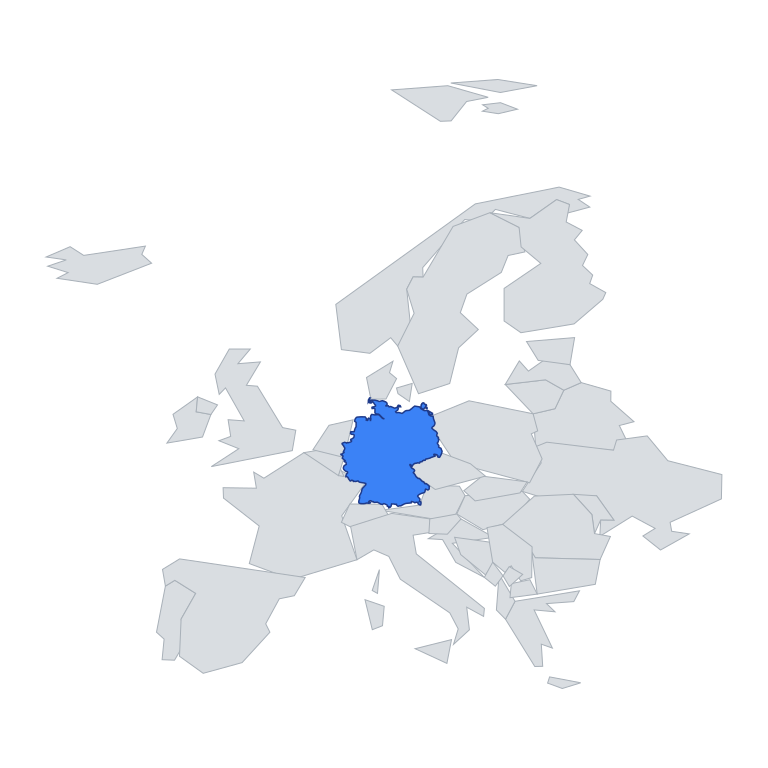 Germany on a map of Europe (Natural Earth projection)
{"feature_id": "DEU", "entity_name": "Germany", "entity_type": "country or territory", "adm_level": 0, "iso_a3": "DEU", "parent_name": "Europe", "parent_adm1": "", "projection": "natural_earth1", "projection_center": [10.44, 51.169], "detail": "fine", "context": "in_parent", "style": "filled", "palette": "blue", "viewbox_px": 768, "rotation_deg": 0, "n_neighbors": 37, "source": "natural_earth", "source_scale": "50m", "svg_char_len": 13307}
<svg xmlns="http://www.w3.org/2000/svg" viewBox="0 0 768 768"><path d="M391.6,89.9L447.8,85.7L488.2,97.3L466.6,101.5L451.1,120.9L440.4,121.3L391.6,89.9ZM589.8,207.1L566.5,213.3L569.5,204.5L556.6,199.6L529.9,218.4L495.4,209.4L483.1,221.5L464.7,219.5L422.7,267.6L423.1,277.1L413.1,276.9L406.7,289.2L410.9,329.0L397.7,346.0L390.7,337.7L369.9,353.3L341.4,349.6L335.8,304.4L475.3,203.9L559.1,187.1L590.0,196.1L578.2,199.4L589.8,207.1ZM537.1,85.7L500.4,92.5L450.8,83.0L497.8,79.5L537.1,85.7ZM517.5,109.2L498.3,113.7L482.4,111.2L488.2,108.3L482.6,104.8L500.5,102.7L517.5,109.2Z" fill="#d9dde1" stroke="#a8b0b8" stroke-width="1"/><path d="M304.0,452.6L365.4,482.9L341.7,515.8L357.0,559.7L291.8,579.4L249.3,563.6L259.2,526.0L223.5,498.1L223.1,487.7L256.4,488.2L253.7,472.1L263.9,478.2L304.0,452.6ZM372.2,590.5L379.4,569.6L377.5,593.4L372.2,590.5Z" fill="#d9dde1" stroke="#a8b0b8" stroke-width="1"/><path d="M397.7,346.0L414.1,313.3L406.7,289.2L413.1,276.9L423.1,277.1L453.1,226.4L489.9,212.7L519.1,227.4L524.9,251.9L508.1,255.5L501.3,272.4L466.9,294.1L460.3,312.7L478.3,329.5L458.6,347.8L449.7,383.5L418.5,393.7L397.7,346.0Z" fill="#d9dde1" stroke="#a8b0b8" stroke-width="1"/><path d="M581.2,382.6L610.9,391.1L610.8,401.3L634.0,421.7L619.3,425.5L626.0,439.2L613.5,450.2L535.7,446.6L533.1,413.8L555.0,408.7L563.8,390.2L581.2,382.6Z" fill="#d9dde1" stroke="#a8b0b8" stroke-width="1"/><path d="M671.7,531.3L689.2,533.9L660.5,550.0L642.9,536.0L655.1,528.4L632.2,516.1L599.8,536.3L600.7,519.9L613.9,520.1L596.6,495.8L554.1,501.2L522.3,491.4L541.2,462.9L535.7,446.6L546.8,442.2L613.5,450.2L616.6,440.0L647.2,435.9L667.8,460.7L721.9,474.6L721.4,498.9L670.1,522.3L671.7,531.3Z" fill="#d9dde1" stroke="#a8b0b8" stroke-width="1"/><path d="M533.1,413.8L537.7,430.9L531.3,433.8L542.1,458.9L529.6,482.8L455.2,462.9L431.3,426.8L431.5,416.0L469.0,400.8L533.1,413.8Z" fill="#d9dde1" stroke="#a8b0b8" stroke-width="1"/><path d="M465.1,495.7L454.7,516.4L439.1,520.0L380.7,510.3L419.7,505.1L426.9,484.9L459.4,486.2L465.1,495.7Z" fill="#d9dde1" stroke="#a8b0b8" stroke-width="1"/><path d="M522.3,491.4L529.7,499.2L511.7,521.7L482.9,529.7L456.8,514.0L465.1,495.7L522.3,491.4Z" fill="#d9dde1" stroke="#a8b0b8" stroke-width="1"/><path d="M573.4,494.3L596.6,495.8L613.9,520.1L600.7,519.9L594.5,533.6L591.9,514.6L573.4,494.3Z" fill="#d9dde1" stroke="#a8b0b8" stroke-width="1"/><path d="M594.5,533.6L610.4,536.5L600.1,559.5L535.4,557.8L502.7,524.4L534.4,496.1L573.4,494.3L591.9,514.6L594.5,533.6Z" fill="#d9dde1" stroke="#a8b0b8" stroke-width="1"/><path d="M563.8,390.2L555.0,408.7L533.1,413.8L505.2,384.5L545.5,379.8L563.8,390.2Z" fill="#d9dde1" stroke="#a8b0b8" stroke-width="1"/><path d="M570.0,364.7L581.2,382.6L563.8,390.2L545.5,379.8L505.2,384.5L519.3,360.9L528.4,371.1L547.0,358.0L570.0,364.7Z" fill="#d9dde1" stroke="#a8b0b8" stroke-width="1"/><path d="M574.6,337.6L570.0,364.7L538.2,360.4L526.5,341.5L574.6,337.6Z" fill="#d9dde1" stroke="#a8b0b8" stroke-width="1"/><path d="M531.8,551.8L535.4,557.8L600.1,559.5L595.3,584.3L537.2,594.1L531.8,551.8Z" fill="#d9dde1" stroke="#a8b0b8" stroke-width="1"/><path d="M580.7,682.8L562.3,688.5L547.6,683.1L549.6,676.9L580.7,682.8ZM515.0,601.3L579.5,590.8L573.8,601.6L546.5,603.6L555.0,611.8L534.1,609.9L552.4,648.1L541.3,644.2L542.7,666.3L534.8,666.5L505.5,619.2L515.0,601.3Z" fill="#d9dde1" stroke="#a8b0b8" stroke-width="1"/><path d="M515.0,601.3L505.5,619.2L496.4,610.0L499.1,574.3L515.0,601.3Z" fill="#d9dde1" stroke="#a8b0b8" stroke-width="1"/><path d="M461.0,519.0L493.8,537.3L452.3,543.3L484.3,577.4L455.8,562.4L442.6,539.6L428.3,538.7L461.0,519.0Z" fill="#d9dde1" stroke="#a8b0b8" stroke-width="1"/><path d="M382.0,504.3L390.7,519.3L355.5,529.5L341.4,522.3L349.8,504.0L382.0,504.3Z" fill="#d9dde1" stroke="#a8b0b8" stroke-width="1"/><path d="M339.8,467.6L344.1,476.5L338.4,475.6L339.8,467.6Z" fill="#d9dde1" stroke="#a8b0b8" stroke-width="1"/><path d="M344.1,457.5L338.4,475.6L304.0,452.6L331.3,448.0L344.1,457.5Z" fill="#d9dde1" stroke="#a8b0b8" stroke-width="1"/><path d="M353.1,419.8L344.1,457.5L312.9,449.8L329.0,425.3L353.1,419.8Z" fill="#d9dde1" stroke="#a8b0b8" stroke-width="1"/><path d="M165.4,586.1L174.8,580.3L195.7,593.4L181.1,619.1L185.3,641.9L174.5,660.2L162.1,659.7L164.1,639.1L156.5,632.2L165.4,586.1Z" fill="#d9dde1" stroke="#a8b0b8" stroke-width="1"/><path d="M179.5,656.3L181.1,619.1L195.7,593.4L174.8,580.3L165.4,586.1L162.5,569.4L179.6,558.9L305.2,577.5L294.3,595.7L279.3,598.8L265.7,623.8L269.9,632.2L242.1,662.6L203.2,673.3L179.5,656.3Z" fill="#d9dde1" stroke="#a8b0b8" stroke-width="1"/><path d="M210.9,414.5L202.5,437.0L166.9,443.1L177.3,428.5L173.0,414.3L197.6,396.9L196.2,411.8L210.9,414.5Z" fill="#d9dde1" stroke="#a8b0b8" stroke-width="1"/><path d="M391.6,513.4L429.8,518.9L431.4,532.2L413.1,535.2L416.3,553.9L484.4,608.4L483.6,616.4L466.7,607.2L469.4,629.8L453.5,644.4L458.2,628.9L449.8,612.9L400.3,579.2L388.8,556.4L373.8,549.9L357.0,559.7L350.6,526.4L391.6,513.4ZM415.1,648.7L451.5,639.6L446.9,663.4L415.1,648.7ZM365.0,599.7L384.2,606.3L382.5,625.7L372.3,629.7L365.0,599.7Z" fill="#d9dde1" stroke="#a8b0b8" stroke-width="1"/><path d="M386.0,399.0L370.9,399.2L366.5,377.5L393.0,361.2L389.5,372.7L396.6,378.6L386.0,399.0ZM412.2,383.4L409.4,401.5L398.0,393.7L396.5,388.0L412.2,383.4Z" fill="#d9dde1" stroke="#a8b0b8" stroke-width="1"/><path d="M210.9,414.5L196.2,411.8L197.6,396.9L217.5,404.9L210.9,414.5ZM244.2,420.9L225.5,387.9L219.2,394.4L215.0,374.1L229.3,349.0L250.3,349.0L237.9,363.7L260.4,361.9L246.4,385.3L257.4,386.2L282.6,427.6L295.8,430.2L292.3,450.6L211.3,466.6L238.8,448.7L218.9,440.7L230.7,436.4L228.1,419.7L244.2,420.9Z" fill="#d9dde1" stroke="#a8b0b8" stroke-width="1"/><path d="M145.4,246.1L141.8,254.4L151.6,263.2L97.3,284.3L57.0,278.3L68.1,272.6L47.7,266.2L66.3,259.9L46.1,257.0L70.1,246.7L83.7,255.4L145.4,246.1Z" fill="#d9dde1" stroke="#a8b0b8" stroke-width="1"/><path d="M429.8,518.9L456.8,514.0L461.0,519.0L447.3,534.2L428.9,533.5L429.8,518.9Z" fill="#d9dde1" stroke="#a8b0b8" stroke-width="1"/><path d="M569.5,204.5L566.2,222.0L582.2,230.4L574.4,239.9L587.8,254.5L582.5,265.5L592.7,275.1L589.7,283.6L605.8,292.6L602.8,299.3L574.1,323.9L520.9,332.7L504.1,321.0L504.1,288.4L540.8,263.4L521.1,246.9L519.1,227.4L489.9,212.7L529.9,218.4L556.6,199.6L569.5,204.5Z" fill="#d9dde1" stroke="#a8b0b8" stroke-width="1"/><path d="M527.1,481.9L520.0,492.9L475.1,500.9L463.8,490.7L482.1,476.1L527.1,481.9Z" fill="#d9dde1" stroke="#a8b0b8" stroke-width="1"/><path d="M442.1,453.2L470.5,463.8L485.4,476.1L435.3,489.5L414.8,475.3L411.6,465.1L442.1,453.2Z" fill="#d9dde1" stroke="#a8b0b8" stroke-width="1"/><path d="M485.5,574.9L460.7,554.6L454.6,537.3L493.7,542.7L495.4,561.5L485.5,574.9Z" fill="#d9dde1" stroke="#a8b0b8" stroke-width="1"/><path d="M529.9,579.7L537.2,594.1L510.0,597.7L511.3,583.6L529.9,579.7Z" fill="#d9dde1" stroke="#a8b0b8" stroke-width="1"/><path d="M487.0,527.6L502.7,524.4L532.1,546.8L531.7,577.6L520.7,580.8L511.2,565.8L505.1,572.5L492.7,562.2L487.0,527.6Z" fill="#d9dde1" stroke="#a8b0b8" stroke-width="1"/><path d="M503.0,575.8L495.3,586.2L484.3,577.4L492.7,562.2L503.0,575.8Z" fill="#d9dde1" stroke="#a8b0b8" stroke-width="1"/><path d="M509.4,586.5L503.0,575.8L509.2,566.6L522.7,574.4L509.4,586.5Z" fill="#d9dde1" stroke="#a8b0b8" stroke-width="1"/><path d="M381.2,504.3L377.4,502.2L374.0,502.4L373.4,501.7L373.0,501.5L372.6,501.8L372.3,501.8L371.0,500.8L370.5,500.7L369.8,500.8L369.0,501.3L368.6,501.9L368.7,502.3L369.1,502.5L370.3,502.4L370.4,502.5L370.5,502.7L370.4,502.9L369.4,503.0L369.2,503.3L368.9,503.3L367.7,503.1L366.3,503.1L365.1,503.5L363.2,503.7L360.6,503.6L359.1,503.1L358.7,502.1L358.9,500.7L359.5,498.8L359.7,497.4L359.4,496.5L359.8,495.2L360.8,493.5L361.5,491.6L361.9,489.6L362.4,488.4L363.3,487.5L365.8,484.8L365.8,483.5L364.3,483.0L359.9,482.3L359.0,481.9L358.1,481.0L357.6,481.0L356.6,481.3L355.3,481.5L354.4,481.3L353.8,481.4L353.5,481.5L353.3,481.4L353.1,480.6L351.9,480.2L351.4,480.3L351.1,480.7L350.6,481.0L350.1,480.9L348.4,478.6L348.3,478.2L348.0,477.5L347.1,476.8L346.3,476.6L345.9,476.7L345.9,475.8L346.3,474.6L346.6,474.0L347.0,473.4L347.5,473.1L347.6,472.4L347.5,471.8L345.7,471.2L345.0,470.7L343.7,469.3L343.4,468.4L343.4,467.6L343.6,466.9L344.2,465.6L346.3,464.4L346.1,463.2L346.1,462.5L345.6,462.0L344.6,461.8L344.3,461.5L344.2,461.2L345.0,460.4L344.1,459.9L343.7,459.3L342.5,458.5L342.3,458.3L343.0,456.1L342.5,455.4L342.0,455.1L341.3,455.0L341.0,454.6L340.9,454.3L341.0,454.1L341.8,454.1L343.9,452.6L344.0,452.4L343.4,452.2L343.4,451.6L344.4,449.7L344.7,448.9L344.8,448.4L344.7,447.8L343.7,446.3L343.6,445.7L343.2,445.4L342.1,444.0L342.1,443.4L342.8,443.0L344.6,442.3L346.0,442.7L346.6,443.1L347.4,442.6L348.4,442.7L350.9,441.9L351.3,441.5L351.6,441.1L351.6,440.9L350.6,440.1L350.6,439.8L350.8,439.5L351.0,439.2L351.6,439.0L352.2,438.7L353.6,437.7L354.0,436.9L354.2,435.3L353.9,434.7L353.5,434.4L352.0,434.4L351.1,434.1L350.6,433.6L350.5,433.2L350.7,432.9L350.8,432.6L350.7,432.2L350.7,431.9L351.2,431.7L354.1,431.7L354.3,431.5L354.5,430.2L355.2,428.2L355.9,427.0L356.1,426.6L356.1,424.0L356.2,422.6L355.7,422.0L354.7,421.3L354.9,419.9L355.3,418.8L356.4,417.4L357.3,417.1L361.0,416.8L365.1,416.9L366.8,419.0L366.2,420.0L367.2,420.5L367.7,420.3L368.0,419.4L368.3,418.4L368.7,418.1L369.9,418.9L370.4,419.4L370.4,421.1L370.9,418.8L370.5,417.2L370.8,415.7L371.3,414.9L371.8,414.4L374.8,414.9L378.2,414.6L379.4,415.2L382.3,418.2L383.2,418.7L384.4,418.8L382.8,418.2L379.3,414.6L378.3,414.1L376.7,414.0L375.7,413.6L375.1,413.1L374.9,412.6L375.0,409.0L374.4,408.4L373.6,408.3L373.1,408.5L372.1,408.5L371.9,407.7L372.2,407.1L374.2,406.7L375.5,406.1L375.5,405.1L374.7,404.4L373.7,402.9L372.6,401.6L372.5,400.1L375.0,400.2L378.0,400.9L378.8,401.4L379.7,401.4L381.4,400.9L382.7,400.7L383.2,401.0L384.0,401.1L384.1,401.4L385.6,401.8L386.3,402.4L387.0,403.2L387.1,404.5L386.2,405.5L385.4,406.0L388.4,405.8L389.1,406.9L390.7,406.5L394.7,408.2L397.1,407.4L397.8,407.3L398.3,408.7L397.7,410.1L395.6,411.6L396.1,412.5L396.7,412.7L398.8,412.5L402.0,413.4L402.6,413.1L405.2,411.0L406.3,410.6L409.7,410.3L410.3,409.5L411.7,408.7L412.5,407.8L414.7,406.1L419.6,406.9L420.9,408.7L424.2,410.6L427.2,410.5L428.2,412.3L428.8,414.7L429.7,415.4L430.5,415.9L433.1,416.4L433.5,418.8L434.9,422.6L434.9,423.8L434.4,425.1L433.6,426.2L432.6,426.8L432.0,427.5L431.9,428.3L433.3,429.6L436.1,431.5L437.3,433.2L436.8,434.6L436.7,435.6L436.9,436.2L437.4,436.7L438.1,437.1L438.4,437.7L438.2,438.5L438.4,439.1L438.9,439.5L438.6,440.2L438.1,442.0L437.3,443.0L437.6,443.8L438.3,444.9L438.7,445.4L438.9,445.9L438.6,447.0L438.8,447.3L440.8,448.2L441.1,448.6L441.3,449.4L442.1,451.2L441.6,453.4L441.1,454.6L439.8,457.0L439.5,457.3L439.0,457.3L438.2,457.1L437.7,456.8L437.8,455.9L437.5,455.9L437.1,455.4L437.0,454.8L436.5,454.6L434.4,454.2L434.0,454.3L433.8,454.7L434.2,455.4L435.1,455.9L435.0,456.2L433.2,456.7L432.0,457.2L431.0,457.5L429.9,458.1L427.7,458.7L426.1,458.9L425.8,459.1L425.2,460.2L424.8,460.4L424.1,460.1L423.7,460.2L423.3,460.6L422.9,460.7L422.6,460.7L422.0,461.7L420.1,461.9L419.6,463.0L419.3,463.1L418.5,462.9L417.4,462.8L416.7,463.1L415.9,463.3L415.0,463.3L413.9,463.9L412.9,465.0L412.3,466.0L412.0,466.3L411.5,465.4L410.4,464.5L410.0,464.5L409.9,464.6L409.9,465.1L410.3,465.9L410.8,466.4L411.2,467.5L412.0,468.3L413.2,468.9L414.0,469.5L414.6,470.4L414.6,470.7L414.5,471.0L413.3,472.6L413.5,473.0L414.5,474.0L415.2,475.0L416.0,476.6L416.6,477.2L418.1,478.5L419.2,478.4L420.4,479.4L421.7,480.9L422.7,481.6L423.4,481.8L424.0,482.3L424.7,483.5L425.1,483.8L426.3,483.7L427.9,484.9L428.9,485.8L429.4,486.5L429.2,486.8L429.2,488.6L429.1,489.1L428.4,489.7L427.9,490.0L425.7,489.1L425.4,489.4L424.9,491.8L424.5,492.3L423.9,492.7L421.2,493.5L419.2,494.5L418.3,495.2L417.7,495.9L417.7,496.4L419.9,499.0L419.9,500.2L419.3,501.5L420.8,501.8L421.0,502.4L421.0,503.5L420.8,504.5L420.6,505.0L420.1,505.0L419.1,504.5L418.3,504.0L418.0,503.7L418.0,503.3L418.1,503.1L417.8,502.6L416.9,502.2L415.8,502.4L415.1,502.7L414.6,502.7L414.1,502.3L413.2,501.9L411.5,501.5L411.4,501.6L411.4,502.5L411.2,502.9L406.0,503.4L404.4,503.9L403.2,504.6L402.3,504.8L402.1,505.2L401.2,505.7L400.3,505.9L400.0,505.7L398.4,506.2L397.7,506.1L396.7,505.1L396.4,504.6L396.4,504.3L395.0,504.3L394.0,504.0L392.0,504.0L391.6,503.9L391.5,504.0L391.2,505.8L390.8,506.6L390.1,507.3L389.3,507.7L388.7,507.8L388.7,507.3L388.9,506.6L387.7,506.4L387.3,506.2L387.4,505.7L387.3,505.4L387.0,505.0L386.3,504.6L384.8,503.9L383.8,503.6L383.4,503.9L382.7,504.3L381.5,504.2L381.2,504.3ZM426.9,407.3L427.2,408.2L426.9,408.7L425.7,407.9L424.5,407.9L423.8,409.1L423.2,409.2L421.3,408.1L421.0,407.5L420.9,407.1L421.2,405.5L421.1,405.0L421.7,404.5L421.8,403.7L422.8,402.9L423.8,402.9L424.1,403.6L424.5,404.1L426.1,404.6L426.3,404.8L426.5,405.2L425.8,405.8L425.5,406.2L425.8,406.7L426.9,407.3ZM432.5,413.3L432.4,413.7L432.5,414.4L432.1,414.4L430.7,414.5L429.4,414.3L429.1,413.5L429.3,412.7L428.8,412.1L428.3,411.8L428.2,411.3L428.3,410.8L432.5,413.3ZM368.5,401.7L368.3,402.0L368.4,400.0L369.6,397.9L370.1,398.0L369.6,398.5L369.5,398.9L369.3,399.7L369.3,400.1L372.0,400.2L371.7,400.6L369.0,400.8L368.5,401.7ZM400.7,406.8L399.0,406.8L398.4,406.3L397.7,406.1L398.1,405.4L398.5,405.2L400.1,405.6L400.6,406.5L400.7,406.8ZM371.6,402.7L371.1,403.0L370.1,403.0L369.5,402.7L369.7,402.3L370.3,402.1L370.7,402.0L371.4,402.2L371.6,402.7Z" fill="#3b82f6" stroke="#1e3a8a" stroke-width="1.5"/></svg>